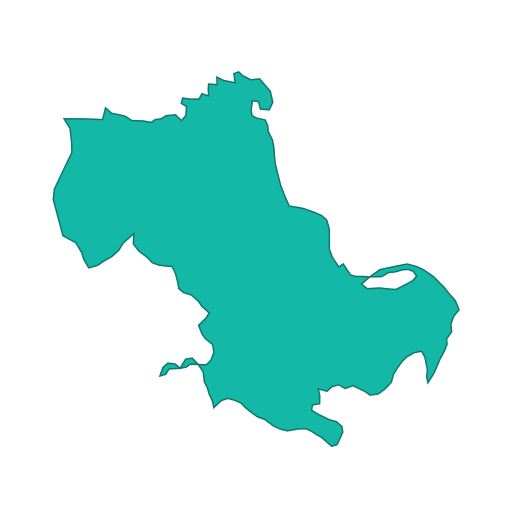 outline of Porto Rico do Maranhão, Maranhão, Brazil, rotated 96°
{"feature_id": "56859067B69390320621521", "entity_name": "Porto Rico do Maranhão", "entity_type": "district", "adm_level": 2, "iso_a3": "BRA", "parent_name": "Brazil", "parent_adm1": "Maranhão", "projection": "mercator", "projection_center": [-44.622, -1.877], "detail": "fine", "context": "isolated", "style": "filled", "palette": "teal", "viewbox_px": 512, "rotation_deg": 96, "n_neighbors": 0, "source": "geoboundaries", "source_scale": "gbopen_adm2", "svg_char_len": 2807}
<svg xmlns="http://www.w3.org/2000/svg" viewBox="0 0 512 512"><g transform="rotate(96 256 256)"><path d="M369.9,302.0L376.8,296.4L386.5,294.2L391.9,290.7L398.8,287.8L404.9,284.1L411.2,282.1L403.4,275.5L400.5,268.9L401.7,262.1L403.7,255.7L407.8,250.8L411.2,245.7L415.8,237.7L417.7,229.9L423.0,221.3L425.5,214.1L426.6,206.7L423.5,195.4L422.6,188.0L424.6,182.3L427.4,176.9L429.4,172.0L433.5,166.3L437.3,160.8L435.0,155.6L427.4,153.0L422.1,151.3L416.6,152.7L412.3,158.8L411.2,165.9L408.9,172.2L406.9,177.7L403.6,184.6L398.3,184.3L396.3,177.3L388.2,178.0L381.6,180.2L383.1,171.3L378.1,166.8L375.4,160.2L378.5,153.5L374.8,146.1L377.0,139.8L379.3,133.5L382.4,128.0L380.4,120.0L375.0,114.0L367.5,108.2L358.9,106.8L351.8,103.3L345.5,99.6L340.4,95.3L335.5,88.4L333.4,81.5L338.8,77.5L345.2,75.5L351.4,73.6L358.4,73.6L364.1,71.8L354.3,66.9L347.2,64.6L339.5,62.3L330.0,58.4L323.9,56.8L318.6,57.8L311.0,53.5L303.4,55.1L295.3,53.1L288.2,48.5L279.6,53.1L272.7,60.6L267.7,65.4L264.0,70.0L258.2,77.0L252.2,87.9L249.6,95.6L248.2,104.8L252.5,118.9L256.6,131.3L260.0,135.2L264.9,140.7L265.2,147.3L265.9,155.0L264.9,160.1L254.8,168.5L258.2,172.5L249.4,179.9L241.7,183.7L221.6,185.9L212.8,189.5L209.0,194.9L206.7,201.8L203.8,213.8L203.3,219.0L202.9,228.2L192.3,234.2L182.4,239.2L162.2,246.5L153.9,248.3L146.7,249.5L139.0,251.7L130.9,256.8L124.9,258.1L119.8,261.0L118.9,269.2L116.9,274.6L111.7,276.1L102.0,275.8L102.2,269.8L109.5,266.9L109.2,258.1L101.4,255.4L90.7,259.0L85.0,265.0L79.5,270.9L81.3,279.5L78.1,288.1L74.7,292.4L77.0,297.1L85.9,294.7L84.8,306.5L82.1,313.6L89.7,312.6L89.9,321.1L95.6,320.9L101.7,319.8L100.3,326.8L105.9,329.0L106.8,337.2L106.6,345.5L112.1,346.2L114.6,340.7L123.5,340.4L129.2,344.2L124.0,350.8L125.8,359.9L129.7,365.1L130.7,370.2L134.1,374.2L133.5,382.3L134.3,393.5L130.7,400.6L129.8,407.0L129.2,414.5L124.4,421.1L136.4,422.8L137.5,440.0L139.6,461.2L148.5,454.3L161.3,451.4L172.2,449.9L197.4,458.9L210.6,463.5L221.0,463.5L256.0,450.1L258.8,443.5L261.5,436.7L271.0,429.6L277.2,427.0L285.3,421.1L281.8,412.5L276.9,406.7L271.5,399.2L264.8,393.2L256.6,389.2L251.4,384.3L246.5,379.9L256.8,379.2L263.5,372.8L268.6,364.2L273.5,358.5L275.2,351.5L275.4,344.4L275.2,338.3L281.5,334.4L289.5,331.4L296.7,329.2L299.9,324.3L301.6,316.0L307.0,308.6L311.7,304.6L317.4,296.7L322.8,299.1L330.9,305.9L339.5,301.3L343.7,297.4L348.6,289.9L356.0,287.8L364.2,289.9L369.5,294.0L369.9,302.0ZM264.9,140.7L263.4,128.9L258.6,122.5L257.3,116.1L254.5,109.1L253.4,103.3L254.9,97.9L259.4,94.1L264.3,97.8L268.6,103.9L274.7,113.4L274.9,119.4L274.9,130.0L276.9,141.8L272.9,148.2L264.9,140.7ZM375.6,319.7L371.8,325.2L371.8,332.4L376.5,336.9L385.4,339.0L383.1,333.5L377.4,330.6L375.6,319.7ZM375.6,319.7L373.9,314.0L370.4,309.9L369.9,302.0L364.2,308.8L365.9,315.2L375.6,319.7Z" fill="#14b8a6" stroke="#0f766e" stroke-width="1.5"/></g></svg>